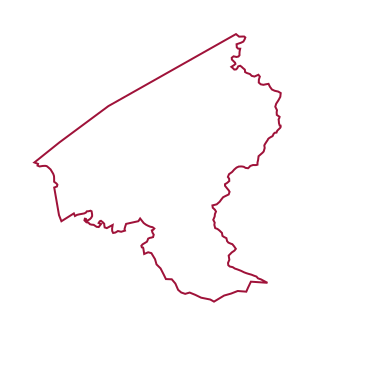 the district of Kulim, Kedah, Malaysia, rotated 59°
{"feature_id": "92858781B36918447122584", "entity_name": "Kulim", "entity_type": "district", "adm_level": 2, "iso_a3": "MYS", "parent_name": "Malaysia", "parent_adm1": "Kedah", "projection": "robinson", "projection_center": [100.682, 5.403], "detail": "fine", "context": "isolated", "style": "outline", "palette": "rose", "viewbox_px": 384, "rotation_deg": 59, "n_neighbors": 0, "source": "geoboundaries", "source_scale": "gbopen_adm2", "svg_char_len": 3474}
<svg xmlns="http://www.w3.org/2000/svg" viewBox="0 0 384 384"><g transform="rotate(59 192 192)"><path d="M308.7,174.1L302.4,177.9L300.0,179.9L297.7,180.3L295.5,182.1L293.5,183.6L291.6,185.4L289.6,187.2L287.7,188.7L284.9,190.5L281.8,192.9L279.7,194.7L277.4,195.8L275.3,198.0L273.5,198.6L271.4,197.7L269.3,194.9L265.4,193.3L264.3,189.1L264.1,185.8L263.3,183.7L260.2,183.9L257.5,184.3L256.2,185.4L254.1,186.9L252.1,187.2L249.3,186.3L246.9,187.8L245.3,188.5L242.5,187.4L239.1,188.3L236.8,189.2L234.9,190.7L231.7,189.8L229.9,188.3L226.8,188.1L224.7,185.2L222.7,183.7L221.1,181.5L219.0,181.5L216.2,182.3L214.0,181.4L215.3,177.2L214.6,173.3L213.5,170.7L212.5,168.0L212.7,165.2L213.0,161.8L211.2,159.7L209.3,159.7L206.7,160.1L203.7,160.5L202.3,159.7L202.3,157.2L201.8,154.4L199.7,153.3L197.6,153.5L195.8,151.1L195.5,147.3L194.5,144.2L194.0,141.2L194.3,138.7L195.8,136.1L197.1,134.6L198.9,133.7L200.5,131.7L200.2,130.2L199.7,128.6L200.3,125.8L201.9,123.3L202.3,121.8L200.5,120.7L198.4,118.7L195.6,116.5L195.1,113.7L194.7,111.4L194.2,109.7L192.8,108.2L191.7,107.0L190.2,106.4L189.3,106.0L188.6,104.9L187.0,101.7L186.6,100.7L185.8,99.5L185.5,98.0L185.5,96.2L185.6,94.2L184.7,92.8L184.1,91.9L183.9,90.3L184.6,89.0L183.4,87.4L183.2,86.7L182.8,84.9L182.4,83.3L181.8,82.4L180.7,81.9L180.2,82.6L177.8,82.0L175.6,80.9L174.4,80.4L173.5,79.0L172.7,78.2L169.6,79.6L167.3,78.4L165.6,77.0L161.8,76.7L159.7,74.4L157.9,70.7L155.9,67.3L152.9,65.0L150.3,66.4L147.8,69.0L145.3,70.7L142.0,71.0L138.7,70.7L137.7,73.3L136.9,75.6L135.1,77.6L132.6,78.4L131.2,77.5L130.0,76.7L128.0,74.4L125.7,74.7L125.2,79.0L123.2,81.0L120.7,81.6L118.4,83.6L116.6,84.7L114.3,83.7L111.7,84.6L110.2,85.0L108.6,85.7L108.1,87.7L109.3,89.6L109.6,91.2L108.8,92.7L106.8,93.2L105.0,93.8L104.9,90.7L104.6,88.8L103.4,88.5L99.0,89.6L97.4,88.8L97.1,86.5L99.2,84.3L99.8,82.4L99.2,80.8L97.6,79.9L95.8,78.6L94.0,76.9L92.9,78.6L91.1,79.1L88.3,77.7L89.3,73.1L89.5,70.5L88.3,68.3L87.0,66.7L85.6,67.2L84.1,69.8L83.1,71.6L79.3,73.0L76.6,172.4L75.3,219.5L81.2,280.0L85.5,311.9L88.6,309.5L89.8,310.8L91.6,309.5L92.8,306.5L94.0,304.3L95.0,303.2L96.9,302.5L99.8,301.6L102.3,301.6L105.0,301.6L107.3,302.1L109.2,303.1L112.2,304.9L114.9,303.8L116.4,303.6L117.7,304.9L117.4,306.7L117.2,307.8L143.3,317.9L149.8,319.0L149.5,304.3L152.3,304.7L152.4,302.3L153.1,300.1L154.2,297.2L154.9,295.2L155.0,293.5L154.4,292.2L155.2,290.6L155.8,288.6L156.8,288.0L159.6,289.1L161.2,290.0L162.2,291.7L162.7,293.5L162.7,294.8L162.7,296.1L161.5,297.2L160.4,296.8L159.7,297.6L160.9,298.8L163.6,298.1L164.9,296.6L167.0,296.1L168.2,295.0L169.5,293.2L172.7,291.7L174.0,290.0L172.6,286.4L171.3,287.5L170.5,288.0L169.6,286.2L169.8,284.9L172.1,284.0L174.0,283.6L175.8,284.5L177.4,285.1L179.1,283.6L179.2,280.7L179.4,277.0L182.3,279.4L184.3,280.5L186.5,280.7L187.3,278.5L187.3,275.6L189.6,273.2L190.6,269.3L189.1,269.0L187.0,266.8L185.4,264.9L189.4,253.0L188.0,250.1L193.7,249.4L196.3,248.3L198.1,247.2L200.2,245.7L201.9,243.9L203.9,243.1L204.4,244.6L204.2,246.2L206.5,246.8L208.9,246.8L210.6,248.6L210.1,250.5L209.6,251.7L209.4,253.6L210.7,255.2L211.4,256.3L211.4,261.3L212.0,263.1L213.6,263.5L214.4,262.6L215.1,262.7L220.5,264.9L221.1,260.6L223.5,258.3L230.6,258.3L235.8,259.7L241.3,258.3L248.5,258.8L253.2,259.2L256.4,254.3L261.9,253.4L268.7,254.3L272.6,253.0L275.8,250.3L277.0,245.8L281.8,242.2L287.3,238.6L293.6,231.7L297.3,229.6L297.3,217.8L299.2,210.8L300.4,203.8L305.4,196.8L302.9,193.3L299.2,187.7L308.7,174.1Z" fill="none" stroke="#9f1239" stroke-width="2"/></g></svg>